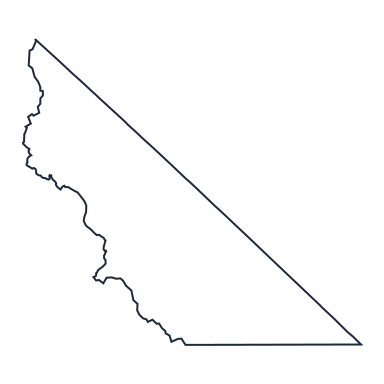 outline of Mono, California, United States of America
{"feature_id": "52423323B48171180316739", "entity_name": "Mono", "entity_type": "district", "adm_level": 2, "iso_a3": "USA", "parent_name": "United States of America", "parent_adm1": "California", "projection": "equal_earth", "projection_center": [-119.267, 38.088], "detail": "fine", "context": "isolated", "style": "outline", "palette": "slate", "viewbox_px": 384, "rotation_deg": 0, "n_neighbors": 0, "source": "geoboundaries", "source_scale": "gbopen_adm2", "svg_char_len": 2153}
<svg xmlns="http://www.w3.org/2000/svg" viewBox="0 0 384 384"><path d="M24.9,133.3L24.3,133.9L24.3,136.0L24.1,139.0L24.1,141.8L23.0,142.6L23.3,144.0L24.6,145.2L26.3,146.9L28.4,148.5L29.4,149.0L29.1,150.1L28.6,150.6L28.8,152.4L29.8,154.0L31.2,155.2L29.2,156.5L27.7,158.0L27.3,159.4L27.4,160.0L27.2,160.8L27.5,162.4L26.7,163.2L26.6,165.0L28.1,166.1L32.4,168.7L33.6,167.9L35.4,168.9L36.0,170.7L36.3,173.6L38.6,175.3L40.6,175.5L41.8,177.0L43.1,177.9L45.1,178.1L48.2,179.6L49.5,179.1L49.6,177.5L49.3,176.0L49.7,175.1L51.3,175.5L51.2,176.7L52.7,179.5L54.8,181.3L56.1,183.1L55.9,184.8L57.6,187.3L59.8,188.9L60.4,189.5L61.6,187.9L62.3,186.8L64.2,185.7L65.0,186.9L68.4,187.2L71.1,188.9L73.6,190.4L77.7,192.5L81.4,197.2L84.6,201.5L86.3,205.7L86.1,211.4L85.9,212.6L84.4,216.8L83.7,220.8L85.6,225.0L87.2,226.7L90.9,229.4L94.2,232.9L96.8,235.1L99.1,234.8L101.8,236.8L103.8,237.9L104.3,239.2L104.9,240.1L105.5,240.4L105.1,241.8L103.8,246.7L103.5,249.0L104.7,250.8L105.8,250.6L106.2,251.6L105.6,251.9L105.2,253.4L104.0,255.9L104.2,258.5L105.5,260.0L105.6,263.7L102.6,266.8L100.7,268.1L98.1,270.1L97.0,272.5L96.4,272.7L96.1,273.8L96.2,274.7L95.9,275.8L94.5,276.7L93.5,277.1L96.1,280.5L99.0,280.0L103.3,283.3L106.6,277.7L111.7,277.4L116.0,278.7L120.4,278.4L123.1,280.7L126.2,285.9L131.4,290.5L133.4,300.2L137.5,303.8L137.2,310.4L139.4,314.8L143.1,318.4L146.4,319.3L147.9,321.9L152.4,319.7L156.7,323.8L159.0,323.5L162.0,328.2L165.2,330.9L165.6,333.3L169.5,335.5L171.4,341.8L177.9,338.9L181.4,338.6L185.5,344.9L361.0,344.5L352.9,336.5L347.5,332.0L334.2,318.8L322.2,307.6L319.9,305.2L282.7,269.9L249.8,238.6L236.1,225.7L222.9,213.2L213.7,204.8L196.4,188.2L190.4,182.6L185.7,178.5L169.5,163.1L157.7,152.1L152.7,147.4L143.2,138.9L137.8,133.7L128.1,124.9L125.3,122.0L120.0,117.1L114.2,111.8L99.8,98.6L96.8,95.7L91.6,91.0L82.5,82.5L81.6,81.7L74.8,75.6L73.7,74.7L59.9,61.8L51.9,54.5L35.0,39.1L36.1,40.9L32.5,49.3L29.6,50.6L28.7,65.5L32.3,68.3L34.6,76.8L38.2,81.8L40.3,87.0L40.3,90.6L42.8,91.1L42.9,95.5L40.4,98.3L40.3,103.8L37.8,106.9L39.2,112.8L33.6,115.7L32.0,114.1L28.1,116.9L30.8,123.6L25.6,126.7L26.9,127.7L24.9,133.3Z" fill="none" stroke="#1e293b" stroke-width="2"/></svg>